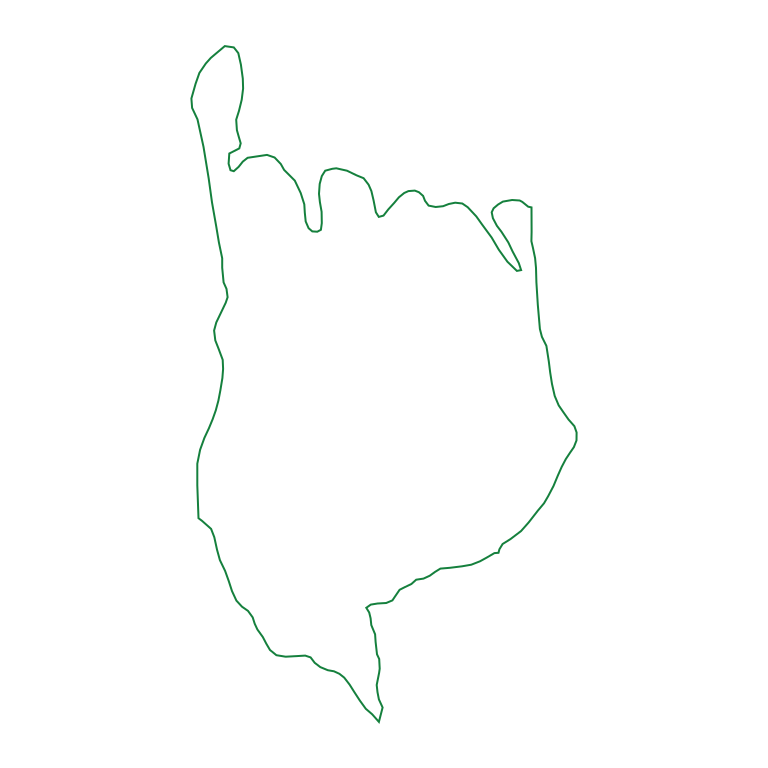 Komo-Ocèan, Estuaire, Gabon
{"feature_id": "22940354B91533016002313", "entity_name": "Komo-Ocèan", "entity_type": "district", "adm_level": 2, "iso_a3": "GAB", "parent_name": "Gabon", "parent_adm1": "Estuaire", "projection": "robinson", "projection_center": [9.579, -0.117], "detail": "fine", "context": "isolated", "style": "outline", "palette": "green", "viewbox_px": 768, "rotation_deg": 0, "n_neighbors": 0, "source": "geoboundaries", "source_scale": "gbopen_adm2", "svg_char_len": 2862}
<svg xmlns="http://www.w3.org/2000/svg" viewBox="0 0 768 768"><path d="M531.5,207.4L528.2,206.7L522.3,201.9L519.7,200.5L512.1,200.0L502.9,201.6L498.1,204.5L493.6,208.3L491.7,212.3L492.9,218.2L496.9,225.8L501.4,231.7L508.3,242.4L512.6,251.5L518.8,263.1L521.1,270.1L516.9,270.9L507.4,261.7L498.8,249.7L491.7,237.6L482.0,224.4L476.3,216.4L467.7,207.2L462.3,203.5L455.2,202.7L448.8,204.0L443.1,206.2L435.7,207.0L428.6,205.6L425.0,200.8L423.1,195.9L418.9,192.2L414.8,190.6L408.4,191.1L404.2,193.0L398.9,197.3L394.2,202.9L388.3,209.4L383.5,215.6L378.8,216.9L375.9,212.3L373.6,200.5L371.4,191.1L368.6,184.7L363.6,178.2L356.5,175.3L347.0,170.7L336.3,168.3L332.3,168.8L325.2,170.7L321.8,176.1L319.7,183.9L319.0,193.8L319.9,202.1L321.6,211.8L321.8,223.1L320.9,229.8L317.3,231.7L312.3,231.4L308.6,228.2L305.7,221.5L304.8,212.6L304.3,204.3L300.7,193.0L294.8,180.6L284.1,169.9L280.8,164.0L274.6,157.5L267.0,154.9L247.6,157.8L242.8,161.6L238.6,166.9L233.8,171.2L230.5,170.2L228.6,163.7L229.3,153.5L239.3,148.4L240.7,143.3L238.8,136.9L236.9,130.1L236.2,119.7L239.0,110.8L241.7,99.8L243.1,88.5L242.8,78.6L240.9,64.6L238.3,53.1L233.8,47.4L224.8,46.1L215.3,54.1L210.8,57.9L205.8,63.5L199.4,72.9L195.6,83.7L191.4,98.5L192.1,107.9L197.5,119.4L203.5,146.8L208.7,178.5L212.0,202.4L216.3,226.8L218.9,242.4L222.2,258.3L222.2,267.7L223.6,282.4L226.5,288.9L227.6,297.2L225.7,302.8L221.2,312.2L216.3,322.4L214.1,330.5L215.3,340.4L218.6,348.8L222.7,359.8L223.1,368.9L222.4,378.0L220.3,390.7L218.4,400.6L215.8,410.3L212.7,419.1L208.9,428.3L204.4,437.9L200.1,449.8L197.3,463.7L197.3,485.2L198.5,518.2L202.2,521.0L211.1,528.9L214.3,537.2L217.0,549.6L219.9,560.1L225.1,570.9L228.8,581.2L232.0,591.1L236.4,600.6L242.0,606.7L248.0,610.9L252.7,617.4L254.7,623.7L257.4,629.5L262.8,637.0L266.3,643.7L270.0,650.0L276.4,655.2L285.6,656.7L296.8,656.1L305.2,655.6L310.6,657.4L314.7,662.8L320.3,667.1L327.8,670.2L334.0,671.3L339.4,673.8L344.2,677.6L349.6,684.6L354.4,692.2L359.8,700.5L365.8,708.8L372.2,714.3L378.9,721.9L382.6,707.5L378.9,699.4L377.5,692.2L376.7,685.0L379.1,672.9L379.7,668.7L379.2,659.0L377.0,654.3L375.6,641.9L375.1,634.3L371.3,625.1L370.6,618.3L369.2,612.5L366.3,607.8L370.8,604.6L377.6,603.5L386.2,603.0L392.4,600.4L395.5,595.8L399.6,589.8L404.5,587.3L411.4,584.0L416.2,579.7L423.5,578.6L429.8,575.7L434.9,572.0L440.4,568.6L449.9,567.8L462.1,566.3L471.3,564.7L480.0,561.3L486.7,557.6L494.4,553.1L498.5,552.8L499.4,549.3L502.6,544.0L510.6,539.0L521.1,531.0L528.7,522.4L537.8,510.7L544.0,503.3L548.1,496.3L553.5,486.0L557.7,475.9L561.7,466.9L565.8,459.1L570.1,452.6L573.9,447.1L576.5,440.4L576.6,432.5L574.4,426.2L568.5,419.5L563.3,412.1L558.7,405.4L554.7,395.9L552.0,384.0L550.2,372.6L548.8,361.4L546.4,345.9L541.9,336.8L539.9,329.0L537.8,304.7L536.4,282.3L536.0,267.9L535.1,258.2L533.0,248.1L531.4,241.2L531.6,232.1L531.5,207.4Z" fill="none" stroke="#15803d" stroke-width="2"/></svg>